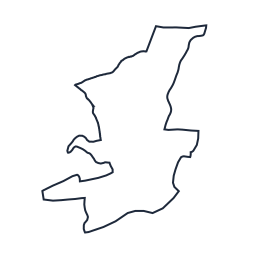 Babonneau Proper, Castries, Saint Lucia, rotated 349°
{"feature_id": "8701671B49626021137525", "entity_name": "Babonneau Proper", "entity_type": "district", "adm_level": 2, "iso_a3": "LCA", "parent_name": "Saint Lucia", "parent_adm1": "Castries", "projection": "mercator", "projection_center": [-60.946, 14.006], "detail": "fine", "context": "isolated", "style": "outline", "palette": "slate", "viewbox_px": 256, "rotation_deg": 349, "n_neighbors": 0, "source": "geoboundaries", "source_scale": "gbopen_adm2", "svg_char_len": 5627}
<svg xmlns="http://www.w3.org/2000/svg" viewBox="0 0 256 256"><g transform="rotate(349 128 128)"><path d="M174.9,33.4L160.7,56.3L160.3,56.2L159.9,56.3L159.5,56.0L159.0,55.9L158.7,55.9L158.0,55.6L157.6,55.6L157.4,55.5L157.1,55.5L156.6,55.5L155.8,55.4L154.9,55.4L153.5,55.6L153.1,55.8L152.8,55.9L151.7,56.0L151.3,56.2L150.5,56.5L150.1,56.7L149.8,56.8L149.0,57.0L148.7,57.2L148.0,57.6L147.6,57.7L146.9,58.1L146.4,58.2L146.1,58.2L145.6,58.3L145.3,58.3L145.0,58.5L144.7,58.5L144.3,58.3L143.8,58.4L143.2,58.6L142.8,58.5L142.5,58.3L142.0,58.5L141.6,58.5L141.3,58.5L141.0,58.5L140.6,58.6L139.8,58.8L139.4,58.9L138.9,59.0L138.5,59.1L137.2,59.6L136.9,59.8L136.7,59.9L136.5,60.0L136.2,60.2L135.9,60.4L135.6,60.4L135.4,60.6L134.3,60.8L133.8,61.5L133.4,61.8L133.2,62.0L132.7,62.4L132.4,62.6L132.0,63.0L131.6,63.5L130.9,64.1L130.6,64.5L130.4,64.9L130.1,65.2L129.9,65.4L129.7,65.7L129.5,66.0L128.1,66.9L127.8,67.2L127.3,67.4L126.5,68.0L125.8,68.6L125.6,68.7L125.4,68.9L125.1,69.2L123.8,70.1L123.3,70.3L122.7,70.5L121.7,70.6L120.8,70.8L120.5,70.8L120.0,70.7L119.5,70.8L119.1,70.7L117.9,70.7L117.6,70.7L117.0,70.7L116.7,70.7L116.3,70.9L116.0,70.9L115.6,70.9L115.3,70.8L115.1,70.8L114.7,70.8L114.1,70.8L113.7,70.8L113.4,70.8L112.9,70.9L112.4,71.0L111.2,70.9L110.4,70.9L109.7,71.0L109.2,71.1L108.4,71.2L108.1,71.2L107.2,71.2L106.4,71.5L106.2,71.6L105.9,71.7L105.1,71.6L104.4,71.8L103.8,71.9L103.2,71.9L102.4,72.1L101.7,72.1L101.2,72.1L100.6,72.3L99.9,72.4L98.7,72.5L97.8,72.7L97.2,72.6L96.6,72.7L95.7,72.9L94.9,73.0L94.6,73.2L94.4,73.3L93.5,73.6L93.1,73.8L91.9,74.3L90.8,74.7L90.3,74.8L89.3,74.8L88.9,75.0L88.2,75.0L87.8,75.2L87.4,75.2L86.1,75.3L85.7,75.4L85.3,75.4L84.8,75.4L84.2,75.8L84.5,76.2L84.7,76.4L85.2,76.9L85.5,77.3L85.9,77.8L86.3,78.1L86.4,78.4L86.8,78.8L87.4,79.5L87.8,80.0L88.1,80.2L88.5,80.8L88.8,81.1L89.0,81.5L89.5,82.1L89.9,82.3L90.2,82.7L90.5,83.0L90.8,83.4L91.4,84.1L92.2,85.1L92.7,86.1L92.8,86.5L92.9,86.9L92.8,87.3L92.9,87.8L92.8,88.7L92.9,89.3L93.1,89.9L93.2,90.6L93.5,91.3L93.8,91.5L94.0,91.6L94.1,91.8L94.2,92.2L94.5,92.4L94.7,92.8L95.0,93.1L95.4,93.8L95.5,94.1L95.7,94.5L95.8,94.7L96.0,95.0L96.4,95.8L97.0,97.3L98.1,99.4L97.8,99.3L97.6,99.4L97.7,99.6L97.7,100.1L97.8,100.8L98.0,101.3L97.9,101.6L97.9,101.9L97.5,102.7L97.3,103.2L97.0,104.1L96.7,105.0L96.6,105.4L96.5,106.2L96.6,107.0L96.8,107.3L97.0,107.9L97.2,108.3L97.3,108.6L97.7,109.3L97.8,109.5L97.8,109.9L97.9,110.2L98.2,111.1L98.5,111.6L98.4,112.1L98.6,112.9L98.8,114.0L98.9,114.5L99.2,115.8L99.3,116.6L99.5,116.9L99.4,117.4L99.5,117.6L99.5,118.2L99.5,118.4L99.6,119.1L99.5,119.5L99.5,119.8L99.6,120.2L99.6,120.5L99.5,121.1L99.7,121.5L99.6,122.0L99.6,122.3L99.5,123.1L99.6,123.4L99.5,124.5L99.5,125.0L99.4,125.3L99.5,126.0L99.4,126.6L99.4,126.9L99.3,127.2L99.4,127.5L99.3,128.2L99.4,128.4L99.3,128.7L99.2,129.1L99.3,129.8L99.1,130.2L99.1,130.5L99.0,131.0L99.1,132.0L99.0,132.4L99.1,132.6L99.0,133.4L99.0,134.6L94.6,134.6L91.5,134.9L87.4,134.0L85.5,131.9L84.8,130.0L83.5,128.3L81.7,126.9L78.6,126.2L76.4,126.8L74.4,127.8L72.5,129.1L71.2,130.6L69.4,132.1L66.1,134.6L64.1,138.8L64.3,140.7L64.8,140.9L65.9,140.8L67.1,140.4L69.1,138.9L70.0,137.9L70.9,137.0L72.0,136.4L73.1,136.1L74.3,136.5L77.6,138.7L79.6,140.2L81.5,142.1L83.1,144.1L83.6,144.6L85.3,145.5L86.0,146.2L86.9,147.7L88.1,150.5L88.7,151.7L89.0,152.9L89.4,153.9L89.7,154.6L90.3,155.5L90.7,155.7L92.1,156.7L94.5,157.7L97.5,157.6L98.8,157.3L99.5,157.4L102.0,158.2L103.2,158.5L103.3,159.4L103.8,162.0L105.0,165.7L104.5,168.5L102.1,169.3L97.5,170.4L89.3,171.3L75.8,171.5L70.6,171.2L71.0,168.4L70.7,166.3L69.9,164.8L69.1,164.2L64.3,164.7L54.4,167.8L43.4,170.2L33.2,173.0L31.9,173.5L31.6,182.1L40.5,185.0L48.7,186.1L55.9,186.8L62.6,187.6L69.1,188.0L72.2,188.4L71.3,191.6L70.5,194.8L70.3,198.0L70.3,200.7L70.8,203.2L71.5,205.9L71.7,207.7L70.5,210.3L70.4,210.5L68.2,212.3L67.2,213.0L66.1,214.9L65.3,218.7L65.7,221.7L65.9,222.4L69.4,222.6L85.0,220.5L98.0,217.2L111.5,211.4L119.3,210.8L127.6,212.4L135.9,216.2L146.8,213.5L159.3,205.5L165.8,199.7L162.3,194.7L161.7,190.3L163.8,183.5L166.8,177.6L170.6,171.2L174.5,166.8L176.0,166.4L177.4,166.4L181.1,167.7L183.5,168.4L183.7,168.1L184.1,167.1L184.5,165.9L184.7,165.1L184.8,164.4L184.9,163.7L186.2,163.6L187.7,162.9L192.3,157.8L194.9,151.7L196.6,144.3L189.4,142.5L181.1,140.0L176.4,138.8L167.3,137.6L163.5,136.3L165.5,132.1L166.4,130.5L166.8,129.8L167.0,129.5L167.2,129.1L168.4,127.4L169.5,125.5L170.6,123.8L170.9,123.5L171.5,122.9L172.5,121.5L172.7,121.1L173.0,120.7L173.3,120.0L173.5,119.6L173.8,118.5L174.0,117.7L174.0,117.2L174.0,116.0L173.9,114.7L173.6,113.0L173.4,112.2L173.2,111.5L173.0,110.3L172.8,109.9L172.6,109.0L172.6,108.6L172.5,108.2L172.5,107.8L172.4,107.3L172.3,106.2L172.4,105.3L172.5,104.8L172.7,104.0L173.4,102.4L173.7,102.1L174.1,101.4L174.5,100.7L175.3,99.7L175.8,99.0L176.7,98.1L177.3,97.5L178.0,96.8L178.6,96.1L179.2,95.4L180.3,94.1L181.3,92.7L182.0,91.6L182.9,90.1L183.4,89.3L183.6,88.9L184.3,87.7L185.4,85.8L186.5,84.1L187.2,83.1L188.0,81.5L188.2,81.2L188.7,80.1L189.0,79.4L189.4,78.2L190.1,76.5L190.4,75.7L190.6,75.4L190.8,75.0L191.4,73.9L191.9,73.1L192.2,72.7L192.8,71.9L193.4,71.3L194.3,70.5L194.9,69.9L197.5,67.2L198.6,65.9L199.1,65.4L200.4,63.7L201.0,63.1L201.3,62.7L201.9,61.9L202.1,61.6L202.3,61.3L202.7,60.5L203.0,59.7L203.4,58.4L204.5,55.8L204.7,55.5L204.9,55.3L205.8,54.2L206.1,53.9L206.5,53.5L208.2,52.5L209.2,51.9L210.4,51.5L211.4,51.2L212.7,51.1L213.5,51.0L215.2,51.3L216.0,51.3L216.9,51.4L218.6,51.4L219.4,51.3L219.7,51.2L220.0,50.9L220.6,50.3L220.9,49.9L223.1,45.7L223.5,45.0L223.7,44.6L224.3,42.5L224.4,42.2L223.6,42.1L213.7,41.5L206.8,41.5L194.7,38.5L182.0,36.1L174.9,33.4Z" fill="none" stroke="#1e293b" stroke-width="2"/></g></svg>